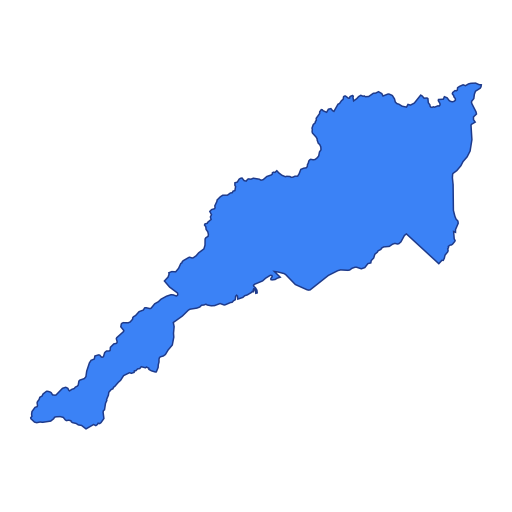 Lugari, Western, Kenya
{"feature_id": "3690345B14512896386362", "entity_name": "Lugari", "entity_type": "district", "adm_level": 2, "iso_a3": "KEN", "parent_name": "Kenya", "parent_adm1": "Western", "projection": "mercator", "projection_center": [34.875, 0.621], "detail": "fine", "context": "isolated", "style": "filled", "palette": "blue", "viewbox_px": 512, "rotation_deg": 0, "n_neighbors": 0, "source": "geoboundaries", "source_scale": "gbopen_adm2", "svg_char_len": 5992}
<svg xmlns="http://www.w3.org/2000/svg" viewBox="0 0 512 512"><path d="M481.3,84.8L479.2,84.7L475.6,83.1L470.9,83.3L468.5,83.9L465.5,85.7L463.1,84.8L459.5,86.4L457.6,87.7L457.3,90.1L456.3,90.8L455.0,90.6L452.7,92.5L452.3,93.8L453.7,95.7L454.0,97.0L455.3,98.5L455.4,100.2L454.1,101.3L452.4,101.8L450.6,101.4L449.2,100.6L447.1,97.8L444.4,96.7L443.3,99.2L438.5,99.5L438.3,100.7L439.9,103.3L440.1,104.6L439.7,105.4L439.0,106.1L438.0,105.8L434.5,107.2L433.4,106.8L432.0,107.4L430.7,107.1L430.0,106.0L429.9,104.9L428.3,102.7L427.9,98.6L427.0,98.0L424.1,98.2L422.2,96.0L420.7,95.1L414.3,103.1L410.4,105.1L408.0,104.4L406.5,107.1L402.1,106.2L398.9,104.2L396.9,103.6L395.3,102.0L394.5,98.9L392.4,95.6L391.5,95.1L388.9,94.0L387.8,94.1L383.0,96.0L381.8,93.6L378.5,91.7L375.7,93.1L373.3,93.3L368.7,96.5L365.3,96.7L364.2,95.9L363.1,96.3L360.8,95.3L358.6,96.6L356.7,98.7L353.6,100.9L353.0,97.4L353.3,96.2L352.5,95.5L350.5,96.3L349.8,96.9L349.6,98.1L348.4,98.2L345.4,96.0L344.4,96.1L343.6,96.7L343.1,99.4L341.6,100.5L339.5,103.5L338.0,104.2L333.9,111.4L332.5,110.6L330.9,108.6L328.4,109.2L326.6,112.3L323.0,110.7L322.3,109.8L321.3,109.6L319.7,111.8L319.6,113.6L316.2,118.3L316.3,120.4L315.4,121.4L315.3,122.7L313.3,124.5L312.0,128.1L312.3,129.4L312.1,131.8L312.5,133.1L316.1,137.1L317.2,139.0L317.1,139.9L318.3,143.3L319.7,144.5L320.8,146.9L321.0,149.8L319.5,151.9L318.7,155.9L317.3,157.7L315.1,159.5L313.2,159.8L310.7,159.3L309.7,159.9L308.8,161.0L308.2,163.4L307.5,164.4L307.3,166.5L306.3,167.8L303.7,168.2L300.8,169.4L299.1,173.8L297.6,176.2L295.0,176.2L292.8,177.2L291.1,177.3L289.9,176.5L286.8,176.3L285.3,176.7L281.8,175.2L278.7,172.8L276.8,170.7L275.0,172.4L273.4,172.2L272.4,172.8L272.3,174.1L271.4,174.9L266.8,176.5L263.1,179.7L261.0,180.2L259.3,179.2L253.3,178.2L251.0,179.2L248.5,178.9L247.6,179.3L246.2,181.1L244.1,180.6L242.0,178.0L240.5,178.3L239.1,179.2L237.3,182.1L234.9,182.8L234.9,185.3L235.6,186.6L234.9,190.6L233.1,191.1L232.2,192.7L230.4,193.0L227.4,195.2L222.8,195.2L220.3,196.8L217.1,200.0L216.9,201.4L214.8,205.9L215.1,207.4L214.6,208.7L211.6,209.6L209.8,211.4L211.5,214.7L210.4,216.9L211.1,219.5L207.8,222.2L207.3,223.3L205.0,223.9L204.5,225.0L205.8,226.8L206.1,229.4L207.8,231.8L208.4,234.5L208.1,236.3L205.8,237.8L205.1,239.0L205.0,245.2L203.9,248.9L198.7,252.8L196.1,255.8L193.2,257.8L192.1,258.0L189.6,257.2L188.7,257.5L183.2,260.7L182.3,261.6L181.9,262.8L180.8,263.5L178.6,268.3L175.7,271.8L171.7,271.6L168.8,272.8L169.1,274.0L168.1,277.0L164.4,281.0L169.6,287.1L177.5,293.0L177.8,294.2L177.5,295.3L176.4,296.0L173.2,294.9L171.0,294.7L166.5,296.2L161.0,299.2L158.4,301.7L154.7,303.8L151.1,308.2L150.0,308.6L146.0,307.7L144.6,307.9L143.4,310.0L139.0,311.7L135.6,315.5L133.4,316.8L132.7,317.8L132.6,319.2L130.1,322.0L128.1,322.8L123.3,322.7L122.2,323.1L121.3,324.0L120.8,326.8L123.8,330.5L123.6,331.5L116.7,337.7L116.3,338.7L117.1,341.5L117.0,342.7L116.3,343.4L113.8,343.9L110.4,347.3L110.1,350.5L109.1,351.0L106.6,351.0L105.5,351.8L104.6,352.8L103.5,356.6L102.6,357.2L101.4,357.1L99.7,355.1L98.5,354.9L94.9,356.0L94.3,359.0L91.1,360.3L89.4,362.9L86.7,371.1L85.9,376.7L84.3,378.6L79.9,380.1L78.9,381.1L78.2,385.1L77.4,386.1L75.4,387.1L74.1,388.6L71.9,389.3L69.5,390.9L68.7,390.2L67.9,388.4L66.5,387.6L65.6,387.3L62.5,388.3L56.0,395.0L55.0,395.2L52.6,394.9L51.2,392.7L50.1,392.0L47.8,391.3L46.5,391.3L43.0,394.0L42.1,396.0L39.8,397.3L39.1,399.5L37.5,401.6L37.1,402.8L37.5,405.4L37.2,406.6L35.0,407.4L32.0,411.5L31.6,414.1L31.9,416.4L30.7,417.7L30.9,418.7L34.5,422.1L36.7,422.7L40.1,422.0L42.6,422.3L50.7,421.1L53.7,418.7L54.5,417.3L55.9,416.8L60.2,416.6L63.3,417.4L65.3,419.9L66.4,420.6L68.7,420.2L70.8,420.7L71.4,421.9L72.5,422.6L76.2,423.5L78.3,424.9L81.5,425.4L86.0,428.9L93.6,424.5L95.8,425.6L97.5,424.4L98.1,423.2L99.6,423.6L101.0,422.6L103.9,418.5L103.1,412.2L103.4,410.7L104.5,409.8L105.5,403.3L106.8,400.5L106.6,399.4L108.4,395.2L108.8,392.3L111.2,389.5L112.9,388.8L113.5,387.3L114.8,386.4L118.3,382.3L120.6,380.3L123.6,375.6L129.5,372.7L131.4,373.3L134.1,372.4L134.4,370.8L135.7,370.8L137.6,368.9L139.7,368.6L141.3,366.7L145.5,367.8L146.4,367.0L148.9,368.3L148.9,369.4L151.4,370.8L155.3,372.0L156.3,371.9L158.1,367.5L158.3,364.6L159.0,362.0L159.0,359.1L159.5,357.6L160.4,356.8L163.3,356.0L165.4,354.5L168.1,350.0L172.3,345.0L173.8,337.1L173.5,333.3L174.1,326.7L173.3,322.5L182.4,316.0L188.4,310.1L190.0,309.2L196.9,308.1L199.8,307.0L201.6,305.2L203.9,305.0L205.9,304.2L207.2,305.0L211.3,305.8L214.6,305.6L220.1,303.5L224.2,305.0L225.2,304.8L230.6,302.5L232.1,302.3L233.6,300.7L235.3,299.7L235.6,296.3L236.6,295.2L237.5,296.1L237.8,299.1L242.9,297.4L244.7,295.7L247.1,295.0L251.7,292.3L252.3,291.4L253.2,291.8L253.7,290.9L253.3,289.9L253.7,288.8L254.6,288.9L255.5,291.0L255.8,293.3L257.2,292.9L256.9,290.2L255.4,287.7L253.9,286.5L253.5,285.3L254.7,284.2L262.6,280.9L265.6,278.2L270.3,275.3L271.9,275.5L272.2,276.7L270.9,278.4L270.9,279.6L272.1,279.9L275.1,279.5L277.2,278.2L280.2,277.2L274.4,271.5L278.0,272.0L284.2,273.6L285.8,274.7L295.3,284.5L306.9,289.7L308.4,290.1L310.1,289.9L328.4,275.4L337.9,270.6L340.6,269.9L347.9,270.3L349.7,270.0L352.0,268.3L355.1,267.2L356.5,267.2L361.3,268.8L364.8,267.6L367.9,263.6L370.8,262.9L371.2,260.6L373.7,258.0L374.8,254.3L377.4,252.1L378.1,250.8L380.9,249.4L381.5,248.2L383.7,246.9L389.3,246.4L392.5,244.2L394.9,243.4L397.5,244.0L398.8,243.7L400.9,241.9L404.4,235.5L406.4,233.9L438.8,263.7L441.9,260.3L443.2,260.4L444.3,258.3L445.0,255.2L447.8,251.7L448.1,250.3L447.7,248.8L448.5,247.7L448.3,246.4L450.3,245.0L451.3,245.0L452.5,244.2L454.8,241.4L455.1,240.5L454.2,238.9L453.6,231.5L455.5,232.3L455.5,229.6L458.2,223.3L457.9,221.1L456.0,219.0L454.9,216.3L453.4,210.4L453.1,184.7L452.4,177.8L452.6,174.5L452.9,173.5L456.8,170.6L460.9,165.7L463.0,161.6L467.1,156.9L470.1,151.0L471.9,139.7L471.0,125.2L471.5,124.3L475.2,122.1L473.5,119.7L473.5,116.9L476.5,114.0L476.0,111.8L472.0,104.0L471.5,102.5L471.7,101.2L473.8,98.6L474.4,94.1L475.5,91.2L480.2,88.2L481.0,86.8L481.3,84.8Z" fill="#3b82f6" stroke="#1e3a8a" stroke-width="1.5"/></svg>